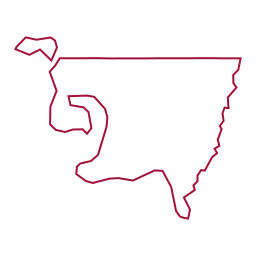 West Feliciana, Louisiana, United States of America (Robinson projection)
{"feature_id": "52423323B24194597484154", "entity_name": "West Feliciana", "entity_type": "district", "adm_level": 2, "iso_a3": "USA", "parent_name": "United States of America", "parent_adm1": "Louisiana", "projection": "robinson", "projection_center": [-91.444, 30.849], "detail": "fine", "context": "isolated", "style": "outline", "palette": "rose", "viewbox_px": 256, "rotation_deg": 0, "n_neighbors": 0, "source": "geoboundaries", "source_scale": "gbopen_adm2", "svg_char_len": 1087}
<svg xmlns="http://www.w3.org/2000/svg" viewBox="0 0 256 256"><path d="M240.6,58.3L221.8,58.3L221.5,58.3L213.0,58.2L154.1,58.3L143.5,58.4L142.7,58.4L114.5,58.4L113.5,58.5L98.3,58.2L64.4,58.3L59.8,58.2L55.1,65.7L49.7,71.7L56.6,90.9L50.4,106.6L50.1,124.3L55.8,129.9L65.1,132.0L73.0,129.5L82.7,129.3L87.0,133.7L91.4,128.2L88.5,112.1L83.6,107.4L70.5,105.1L68.5,96.2L86.7,95.6L94.2,96.8L105.1,109.0L107.4,117.2L106.5,126.9L98.0,154.9L91.0,161.0L80.3,163.5L77.0,166.6L76.3,174.0L85.5,180.8L92.7,183.0L109.6,178.6L118.6,178.1L133.0,180.5L154.7,170.4L162.6,170.9L171.2,187.0L176.1,211.1L180.0,216.5L183.3,217.7L188.1,218.6L190.0,209.6L183.9,197.5L194.8,190.0L193.4,185.4L197.5,181.2L197.5,175.6L201.1,170.1L204.8,170.6L212.2,157.1L217.1,153.1L214.6,148.7L219.3,145.9L217.7,139.3L218.5,137.9L221.6,129.0L219.8,126.0L223.6,120.8L222.5,113.3L224.6,107.6L228.5,108.1L227.8,97.5L236.5,87.4L233.4,83.2L233.2,75.1L238.3,69.8L240.6,58.3ZM51.4,60.5L57.0,47.4L55.0,40.6L50.8,37.5L36.4,39.7L25.7,37.4L16.4,47.1L15.4,49.2L29.5,54.8L40.0,49.5L51.4,60.5Z" fill="none" stroke="#9f1239" stroke-width="2"/></svg>